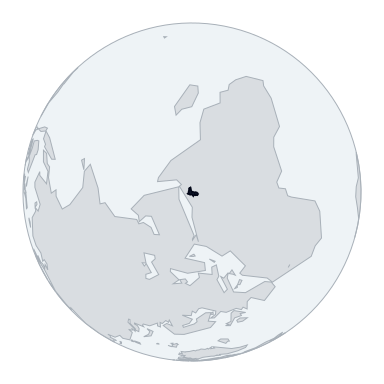 globe centered on Tigray, rotated 191°
{"feature_id": "ETH-3110", "entity_name": "Tigray", "entity_type": "Administrative State", "adm_level": 1, "iso_a3": "ETH", "parent_name": "Ethiopia", "parent_adm1": "", "projection": "orthographic", "projection_center": [38.617, 13.565], "detail": "fine", "context": "on_globe", "style": "filled", "palette": "ink", "viewbox_px": 384, "rotation_deg": 191, "n_neighbors": 0, "source": "natural_earth", "source_scale": "10m", "svg_char_len": 10891}
<svg xmlns="http://www.w3.org/2000/svg" viewBox="0 0 384 384"><g transform="rotate(191 192 192)"><circle cx="192" cy="192" r="169" fill="#eef3f6" stroke="#a8b0b8"/><path d="M153.4,27.5L153.5,27.5L153.0,27.6L148.2,28.8L147.8,28.9L153.4,27.5ZM147.4,29.0L146.1,29.4L145.2,29.6L147.4,29.0ZM144.3,29.9L144.7,29.8L141.2,30.9L144.3,29.9ZM139.7,31.4L143.9,30.1L138.7,31.8L135.1,33.0L136.4,32.5L139.7,31.4ZM120.0,39.1L121.9,38.3L119.8,39.4L114.3,42.3L109.1,45.0L106.6,46.5L110.6,44.8L99.9,51.3L91.2,58.6L88.6,60.5L85.2,61.9L87.6,59.2L86.4,60.1L97.0,52.3L108.3,45.2L120.0,39.1ZM84.2,61.9L84.8,61.5L78.2,67.2L76.6,68.7L76.2,69.2L78.2,67.6L75.7,70.0L73.4,71.7L75.8,69.3L76.2,69.0L76.6,68.6L84.2,61.9ZM23.6,178.2L23.5,180.0L23.2,188.0L23.1,191.8L23.2,194.6L23.3,197.5L26.6,208.1L30.4,218.6L31.8,228.6L31.4,237.6L37.9,260.0L38.4,262.4L33.7,251.0L29.8,239.2L26.8,227.3L24.6,215.1L23.4,202.8L23.0,190.5L23.6,178.2ZM128.3,35.5L126.4,36.3L126.6,36.2L128.3,35.5ZM160.3,26.0L160.7,26.0L159.2,26.3L158.1,26.5L154.6,27.2L155.1,27.1L160.3,26.0ZM156.7,26.8L158.3,26.6L155.6,27.3L153.8,27.4L156.7,26.8ZM163.9,25.4L163.1,25.5L162.9,25.6L163.9,25.4ZM146.7,30.2L148.1,29.5L150.7,28.9L146.7,30.2ZM159.0,26.5L160.0,26.3L161.2,26.1L161.6,26.1L159.0,26.5ZM171.4,24.3L170.6,24.4L174.6,23.9L174.7,24.0L169.3,24.6L171.6,24.4L167.3,24.9L171.3,24.3L171.4,24.3ZM165.6,25.6L158.8,26.9L155.8,28.0L153.4,28.5L158.7,26.7L165.6,25.6ZM167.0,25.1L165.6,25.5L163.3,25.8L162.8,25.7L167.0,25.1ZM176.6,23.9L178.0,23.6L179.1,23.5L176.6,23.9ZM165.2,25.8L166.8,25.5L165.3,25.8L165.2,25.8ZM173.6,24.3L174.0,24.2L175.2,24.1L173.6,24.3ZM169.9,25.2L167.7,25.6L167.3,25.4L169.9,25.2ZM172.0,24.8L173.6,24.6L168.4,25.2L171.9,24.7L172.0,24.8ZM174.8,24.2L175.6,24.1L174.4,24.3L174.8,24.2ZM172.6,25.7L166.2,26.4L165.3,26.1L171.7,25.4L172.6,25.7ZM271.0,42.7L276.5,46.4L288.9,55.3L288.9,54.3L292.9,56.8L307.1,68.7L321.9,87.5L327.3,93.2L330.3,97.3L331.3,100.4L327.1,94.4L324.6,92.8L322.1,89.2L322.4,92.9L318.7,88.0L320.7,93.8L324.2,97.4L325.3,95.5L328.7,103.3L334.8,109.7L339.8,118.5L344.0,136.4L341.8,143.4L342.5,146.5L339.4,143.9L338.7,150.9L347.1,166.6L348.1,171.7L345.3,183.0L344.6,179.3L336.4,172.3L337.3,184.8L343.6,193.3L345.8,204.7L342.1,202.2L339.5,192.3L336.6,189.5L335.6,178.8L329.9,164.0L325.9,168.2L324.6,161.9L316.1,150.5L309.5,156.3L300.1,175.5L301.6,191.8L297.1,199.8L285.0,178.0L280.0,162.8L275.3,164.9L263.1,153.2L241.0,154.5L238.1,150.6L233.9,152.8L225.4,149.4L221.1,143.1L215.8,143.8L227.2,160.4L232.9,159.7L238.1,152.8L240.2,158.9L248.5,163.8L238.3,179.6L206.0,194.6L203.4,182.4L181.6,149.6L182.6,145.9L182.5,145.5L182.3,144.8L179.7,150.8L176.2,144.4L187.2,167.2L188.8,177.1L205.5,195.3L203.8,197.3L209.4,201.0L227.8,195.6L227.7,199.7L218.7,218.9L193.7,244.9L197.4,261.6L196.2,275.6L181.4,284.8L183.5,295.2L176.0,298.8L176.0,304.6L170.5,310.5L160.9,315.8L143.6,314.9L141.9,309.8L132.2,299.2L118.6,273.0L122.2,261.4L120.4,251.9L108.0,229.6L110.7,217.9L107.5,212.5L100.9,213.0L97.4,206.6L93.5,206.0L69.6,206.7L62.9,197.5L56.1,171.5L60.8,162.7L62.7,151.6L95.8,118.9L101.8,121.9L126.7,119.9L129.6,121.5L125.5,129.7L143.2,141.5L150.3,134.8L167.6,141.3L179.8,141.3L186.2,125.7L166.2,125.1L163.9,117.5L180.8,111.4L198.5,112.7L198.1,109.8L188.0,103.3L193.0,98.3L184.6,100.6L187.3,103.6L182.0,105.4L179.2,102.9L181.1,101.1L176.1,99.7L168.4,109.5L170.3,113.6L156.5,114.9L158.3,122.0L154.2,125.1L149.6,114.4L150.8,110.7L141.3,99.3L138.7,103.3L147.6,114.5L144.4,113.5L141.0,119.8L141.0,114.2L132.1,101.8L120.3,103.4L103.5,118.0L97.0,118.7L92.3,114.9L100.2,99.3L113.9,99.7L116.9,95.0L115.6,87.7L119.9,88.7L121.1,86.0L126.4,86.2L135.4,80.4L141.0,80.2L146.0,72.7L149.6,71.8L145.6,76.3L145.9,79.7L160.1,80.2L163.2,78.7L165.3,74.0L169.0,75.1L169.2,70.5L178.1,69.2L167.4,67.2L169.6,62.5L175.7,59.2L174.6,57.5L164.6,62.9L162.3,65.6L163.4,68.2L155.6,76.0L150.4,77.2L151.4,68.3L144.1,69.2L148.0,62.5L172.6,50.7L182.1,49.1L194.8,55.5L191.7,58.1L185.7,56.9L189.9,62.0L190.2,59.6L193.2,60.8L196.1,57.2L198.4,57.9L197.2,53.5L200.3,54.0L201.0,56.7L207.9,52.6L214.7,53.1L215.2,51.9L213.7,50.5L223.4,52.4L223.3,51.5L220.1,50.4L217.9,48.0L217.6,44.8L221.0,45.6L221.5,46.9L227.7,51.2L228.6,55.0L230.0,55.1L230.0,52.0L222.4,46.7L221.3,44.5L225.4,46.7L223.8,45.7L224.4,44.9L228.0,45.1L223.8,42.7L224.8,35.0L232.0,35.2L235.5,37.5L239.8,34.8L247.5,36.3L244.6,35.2L244.6,33.8L242.2,33.2L240.8,32.7L239.8,30.3L242.1,30.8L239.4,29.8L255.5,35.4L271.0,42.7ZM83.2,136.3L82.1,139.5L83.2,136.3ZM216.6,122.7L227.5,123.1L223.6,113.5L227.4,113.1L224.7,110.2L223.2,112.9L216.6,105.1L221.6,102.4L220.8,98.4L217.1,98.1L208.9,104.6L218.3,115.5L215.4,119.4L216.6,122.7ZM78.3,67.0L78.5,67.0L77.6,67.9L76.9,68.4L78.3,67.0ZM80.2,67.9L76.1,71.8L78.5,69.1L76.8,70.2L79.8,66.4L87.4,61.3L83.5,64.1L80.2,67.9ZM86.0,60.6L83.2,63.2L86.0,60.6L86.0,60.6ZM122.3,72.9L123.6,74.6L120.8,77.5L113.7,79.1L117.6,74.9L122.3,72.9ZM126.1,76.6L129.0,68.1L133.6,67.2L130.5,69.0L133.2,69.3L129.1,72.4L130.5,80.5L128.2,83.6L116.3,84.0L121.5,81.9L119.9,80.2L126.1,76.6ZM128.5,52.3L129.9,49.9L138.0,50.9L135.8,53.2L128.6,54.6L126.9,52.8L128.5,52.3ZM132.7,34.2L134.0,33.6L135.1,33.3L132.7,34.2ZM147.1,29.9L134.2,34.7L133.5,34.6L126.7,38.1L122.3,39.5L126.8,37.1L118.4,41.1L120.7,39.5L115.1,42.3L125.7,36.8L127.5,35.9L127.2,36.3L131.2,34.9L133.5,34.1L141.2,31.3L146.9,29.2L151.8,28.0L153.8,27.7L153.1,28.0L150.2,28.6L151.4,28.6L146.6,29.8L147.1,29.9ZM173.6,31.6L170.4,31.1L172.2,33.4L167.4,33.7L167.9,33.9L164.0,35.0L160.1,36.8L158.1,36.7L157.4,37.5L154.8,38.4L153.2,39.6L149.1,40.0L146.8,41.5L146.1,40.9L143.4,43.5L143.6,41.8L140.2,43.1L141.8,44.1L123.2,45.9L115.3,48.8L108.6,52.4L109.8,49.6L116.9,44.8L126.6,39.9L134.0,37.8L133.2,37.2L136.6,36.2L135.8,37.1L139.0,35.1L141.5,34.6L150.1,31.7L153.1,29.8L156.3,28.9L156.4,29.4L159.5,28.3L161.9,28.8L164.2,28.2L168.9,28.5L167.7,30.2L170.4,29.5L174.0,30.0L173.6,31.6ZM173.8,25.8L173.5,27.2L170.7,28.2L163.8,27.4L161.3,27.8L156.8,27.9L160.9,26.6L161.8,26.6L163.7,26.4L161.6,26.9L164.7,26.4L166.0,26.5L168.7,26.2L167.9,26.7L173.8,25.8ZM133.6,118.6L136.0,119.1L139.9,119.0L137.9,123.2L133.6,118.6ZM127.3,110.2L129.6,109.8L128.6,115.1L126.1,114.8L127.3,110.2ZM131.7,105.3L129.8,109.3L129.3,106.9L131.7,105.3ZM147.8,75.9L150.3,75.5L150.3,76.6L148.5,78.2L147.8,75.9ZM177.9,40.5L176.5,39.6L177.4,39.2L177.7,36.7L181.2,36.6L182.5,38.1L177.9,40.5ZM182.3,128.3L178.3,131.3L176.7,129.8L178.4,129.0L182.3,128.3ZM156.7,127.2L162.2,129.5L156.1,128.4L156.7,127.2ZM181.8,40.0L181.5,38.9L183.5,39.5L181.8,40.0ZM183.9,36.4L186.3,36.9L181.7,36.3L183.9,36.4ZM248.4,337.9L249.4,339.1L246.8,339.5L248.4,337.9ZM225.5,272.6L214.6,296.8L206.5,297.1L204.7,290.3L208.5,275.7L217.8,271.3L222.3,264.4L225.5,272.6ZM356.3,225.8L356.9,225.8L356.7,226.6L356.3,225.8ZM355.7,224.0L356.7,223.3L355.3,225.8L355.7,224.0ZM357.0,223.1L358.0,220.7L358.4,219.0L358.2,220.7L357.0,223.1ZM354.9,224.7L349.0,227.8L346.1,227.1L347.2,224.0L351.8,222.6L354.9,224.7ZM346.9,224.0L342.1,218.1L332.5,198.0L336.0,197.4L345.4,208.3L344.9,210.9L347.9,215.9L346.9,224.0ZM357.2,204.5L356.6,212.0L353.7,213.2L352.1,212.9L351.1,204.1L351.7,199.1L353.1,198.6L356.4,180.0L357.9,183.0L357.4,190.5L358.6,196.0L357.2,204.5ZM302.4,193.2L306.5,202.2L303.9,204.3L302.4,193.2ZM356.1,168.0L355.8,175.9L355.6,165.8L356.1,168.0ZM355.0,158.8L355.8,162.2L354.6,159.3L355.0,158.8ZM344.0,151.2L342.6,152.7L341.8,150.3L343.1,147.0L344.0,151.2ZM343.6,126.3L346.5,133.1L347.2,135.6L345.2,131.7L343.6,126.3ZM211.8,40.7L207.5,44.0L206.8,47.0L210.1,49.3L203.6,47.7L204.7,43.0L211.8,40.7ZM222.9,35.4L219.9,33.9L222.4,34.0L223.4,34.4L222.9,35.4ZM220.3,34.9L214.5,34.1L213.6,32.9L218.4,33.7L220.3,34.9ZM198.1,36.2L196.6,37.0L195.0,36.4L198.1,36.2ZM328.6,291.4L327.9,292.3L327.8,292.0L331.4,287.0L338.3,273.7L338.7,273.6L342.9,264.2L349.6,252.4L354.7,237.5L351.1,249.0L346.6,260.2L341.4,271.0L335.4,281.4L328.6,291.4ZM358.8,218.6L357.6,224.7L359.0,217.9L359.0,217.4L358.8,218.6ZM360.6,202.1L360.5,204.1L360.5,202.9L360.6,202.1ZM359.1,197.1L359.4,201.3L360.2,197.4L359.6,202.4L359.6,209.2L359.2,212.2L359.3,204.8L358.5,213.4L358.0,213.7L358.3,206.8L359.0,197.6L359.4,193.6L360.6,190.3L359.1,197.1ZM360.9,194.9L360.9,189.9L360.8,186.2L360.9,188.7L360.9,194.9ZM359.9,178.2L358.7,173.0L358.5,176.0L358.3,166.3L359.5,172.9L359.9,178.2ZM357.7,165.8L357.6,168.5L357.2,163.1L357.7,165.8ZM357.1,166.7L356.2,162.7L356.8,162.7L357.1,166.7ZM358.0,165.7L356.6,158.6L357.6,162.5L358.0,165.7ZM353.9,153.9L356.4,159.4L354.5,158.0L350.7,145.0L351.3,144.1L353.9,153.9ZM333.8,100.7L331.6,97.5L331.1,96.4L332.7,98.8L333.8,100.7ZM328.5,92.4L330.2,95.1L332.1,99.1L333.2,100.2L336.7,106.1L333.2,101.4L329.3,94.5L328.5,92.6L325.1,88.0L322.4,84.6L317.9,79.3L316.6,77.9L328.5,92.4ZM313.4,74.5L315.9,77.2L307.1,68.3L307.3,68.5L313.4,74.5ZM305.0,66.4L304.6,66.0L290.4,55.0L287.5,52.9L298.6,60.9L298.6,61.0L302.0,63.8L304.6,66.0L305.0,66.4ZM239.4,32.4L237.7,31.7L239.1,31.8L239.4,32.4ZM233.7,29.8L233.2,30.2L232.3,29.4L233.7,29.8ZM232.5,31.2L232.4,30.1L234.5,31.7L232.5,31.2Z" fill="#d9dde1" stroke="#a8b0b8" stroke-width="1"/><path d="M185.8,191.4L185.8,191.2L185.8,190.9L185.7,190.9L185.8,190.7L186.0,189.9L186.3,189.8L186.6,189.8L186.6,189.7L186.9,189.7L187.1,189.8L187.3,189.9L187.5,189.9L187.6,189.7L187.8,189.4L188.1,189.4L188.3,189.4L188.3,189.5L188.5,189.6L188.5,189.8L188.7,190.0L188.8,190.1L188.9,190.3L189.0,190.4L189.1,190.1L189.3,189.7L189.4,189.3L189.6,188.8L189.8,188.4L189.9,188.1L190.0,188.2L190.1,188.3L190.2,188.5L190.3,188.6L190.6,188.7L190.8,188.7L190.9,188.8L191.0,188.9L191.0,189.0L191.2,189.3L191.4,189.3L191.4,189.5L191.5,189.5L191.9,189.5L192.0,189.4L192.3,189.4L192.6,189.3L192.8,189.2L193.0,189.1L193.1,188.9L193.3,188.8L193.5,188.9L193.5,189.0L193.6,189.3L193.8,189.4L194.1,189.3L194.4,189.2L194.5,189.2L194.8,189.2L195.0,189.2L195.0,189.3L195.2,189.2L195.3,189.2L195.4,189.3L195.6,189.4L195.6,189.5L195.8,189.4L195.9,189.5L195.6,189.6L195.4,189.6L195.2,189.6L195.0,189.8L195.3,189.8L195.2,190.0L195.2,190.3L195.3,190.3L195.2,190.4L195.2,190.5L195.3,190.4L195.3,190.5L195.4,190.8L195.4,191.1L195.4,191.4L195.4,191.5L195.5,191.8L195.5,192.0L195.4,192.0L195.2,192.0L195.2,192.3L195.2,192.5L195.2,192.9L195.2,193.0L195.3,193.0L195.4,193.3L195.4,193.5L195.3,193.8L195.3,194.0L195.5,194.1L195.6,194.3L195.7,194.5L195.5,194.8L195.4,194.9L195.4,195.1L195.4,195.3L195.4,195.5L195.2,195.7L194.9,195.7L194.7,195.9L194.7,195.7L194.3,195.6L194.2,195.7L193.9,195.7L193.8,195.1L193.7,194.9L193.6,194.7L193.9,194.3L193.9,194.1L193.8,193.9L193.8,193.7L193.7,193.6L193.4,193.7L193.2,193.7L193.1,193.4L193.0,193.2L192.4,192.6L192.2,192.5L192.2,192.3L192.2,192.2L191.9,192.2L191.6,192.3L191.6,192.1L191.6,191.9L191.5,192.0L191.4,192.0L191.0,192.2L190.9,192.1L190.7,192.1L190.4,192.3L189.9,192.1L189.6,192.0L189.4,192.0L189.4,192.3L189.2,192.4L188.8,192.6L188.3,192.6L188.2,192.6L188.1,192.4L187.9,192.4L187.7,192.4L187.6,192.5L187.1,192.5L187.0,192.4L186.8,192.3L186.5,192.0L186.1,191.9L185.8,191.4L185.8,191.4Z" fill="#0f172a" stroke="#020617" stroke-width="1.5"/></g></svg>